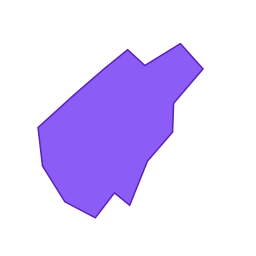 the Urban county of Nagykanizsa, rotated 51°
{"feature_id": "HUN-4911", "entity_name": "Nagykanizsa", "entity_type": "Urban county", "adm_level": 1, "iso_a3": "HUN", "parent_name": "Hungary", "parent_adm1": "", "projection": "natural_earth1", "projection_center": [16.987, 46.469], "detail": "fine", "context": "isolated", "style": "filled", "palette": "violet", "viewbox_px": 256, "rotation_deg": 51, "n_neighbors": 0, "source": "natural_earth", "source_scale": "10m", "svg_char_len": 349}
<svg xmlns="http://www.w3.org/2000/svg" viewBox="0 0 256 256"><g transform="rotate(51 128 128)"><path d="M129.3,32.5L137.5,77.0L159.2,95.9L166.0,133.8L189.1,175.3L169.9,179.4L177.2,209.9L145.6,223.5L103.6,218.3L71.0,197.6L68.3,149.4L67.0,109.7L66.9,79.0L90.0,75.6L95.4,34.2L129.3,32.5Z" fill="#8b5cf6" stroke="#5b21b6" stroke-width="1.5"/></g></svg>